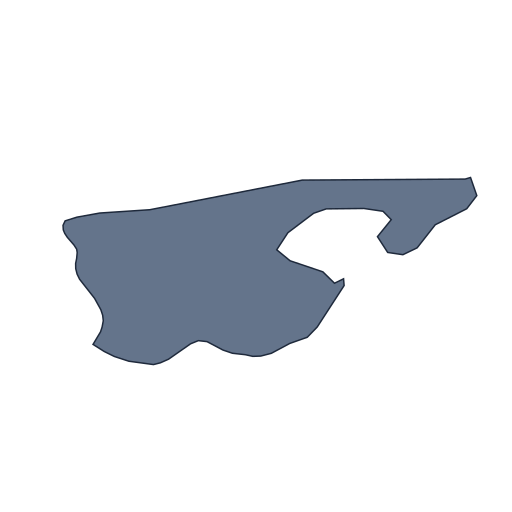 an SVG outline of Tunis, rotated 17°
{"feature_id": "TUN-108", "entity_name": "Tunis", "entity_type": "Governorate", "adm_level": 1, "iso_a3": "TUN", "parent_name": "Tunisia", "parent_adm1": "", "projection": "robinson", "projection_center": [10.151, 36.789], "detail": "fine", "context": "isolated", "style": "filled", "palette": "slate", "viewbox_px": 512, "rotation_deg": 17, "n_neighbors": 0, "source": "natural_earth", "source_scale": "10m", "svg_char_len": 923}
<svg xmlns="http://www.w3.org/2000/svg" viewBox="0 0 512 512"><g transform="rotate(17 256 256)"><path d="M438.2,118.2L449.5,133.7L443.7,149.2L418.3,173.7L407.7,201.1L396.1,211.8L380.9,214.1L366.5,202.0L374.7,181.7L364.4,176.1L345.3,179.0L309.4,190.4L298.6,198.3L279.7,224.4L274.0,244.0L290.0,250.6L324.6,251.6L339.0,259.1L346.4,252.2L348.9,258.5L335.3,306.0L328.8,318.7L313.8,329.8L299.1,344.6L289.8,350.3L282.3,352.9L274.7,353.5L261.9,355.9L251.9,355.6L234.2,352.2L225.6,353.8L219.1,359.1L202.6,380.2L195.8,386.1L189.7,389.8L165.2,393.8L149.9,393.5L138.8,391.7L126.0,388.2L129.5,374.0L129.6,369.0L128.9,362.6L126.7,357.5L123.3,352.7L114.0,343.7L94.1,329.8L90.2,325.6L87.3,320.8L85.7,315.9L85.2,310.8L84.0,305.0L82.5,301.9L78.7,298.7L70.1,293.3L66.5,290.3L64.1,287.4L62.5,283.1L63.2,278.2L73.4,271.2L94.0,260.6L140.9,242.8L278.0,169.9L433.5,121.3L438.2,118.2Z" fill="#64748b" stroke="#1e293b" stroke-width="1.5"/></g></svg>